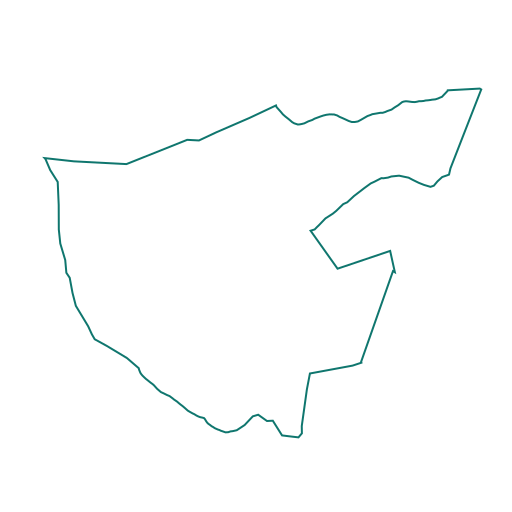 the district of La Pansee, Castries, Saint Lucia, rotated 183°
{"feature_id": "8701671B22615930928090", "entity_name": "La Pansee", "entity_type": "district", "adm_level": 2, "iso_a3": "LCA", "parent_name": "Saint Lucia", "parent_adm1": "Castries", "projection": "equal_earth", "projection_center": [-60.983, 14.014], "detail": "fine", "context": "isolated", "style": "outline", "palette": "teal", "viewbox_px": 512, "rotation_deg": 183, "n_neighbors": 0, "source": "geoboundaries", "source_scale": "gbopen_adm2", "svg_char_len": 2510}
<svg xmlns="http://www.w3.org/2000/svg" viewBox="0 0 512 512"><g transform="rotate(183 256 256)"><path d="M472.2,342.7L471.3,341.8L466.0,331.0L457.9,319.6L455.7,296.7L454.3,272.1L452.1,258.2L446.3,242.0L444.5,229.3L440.9,224.5L437.3,209.5L433.3,196.8L419.9,177.0L415.8,169.2L412.7,164.4L400.1,158.3L379.5,147.3L367.2,137.8L366.9,136.6L366.5,135.7L365.8,134.2L365.3,133.2L364.4,132.0L363.1,130.6L361.4,129.1L359.5,127.5L357.9,126.4L356.4,125.3L354.6,124.0L352.6,122.7L351.2,121.6L349.5,119.9L347.8,118.2L346.0,116.8L343.8,115.1L341.0,114.0L337.6,112.5L335.0,111.6L331.7,109.4L330.4,108.4L328.9,107.5L327.1,106.4L325.6,105.2L323.7,103.8L321.9,102.6L320.8,101.8L319.0,100.4L317.0,98.8L316.0,98.0L314.1,97.0L310.9,95.4L310.0,95.1L308.6,94.4L307.2,93.6L305.6,92.9L303.9,92.3L303.1,92.1L301.1,91.8L299.4,91.4L298.3,90.2L297.4,88.8L296.2,87.2L294.9,86.0L292.8,84.7L291.3,83.6L290.5,83.3L287.9,81.8L286.0,81.1L285.0,80.7L283.4,80.3L282.1,79.7L280.3,79.2L277.2,78.3L274.5,78.6L272.3,79.5L270.0,79.9L266.1,81.0L258.5,86.6L250.8,95.7L245.5,97.6L236.4,91.8L230.6,92.4L220.6,78.2L213.5,77.7L204.1,77.1L200.9,81.3L201.4,88.6L198.2,125.5L196.0,141.5L153.8,151.6L144.3,155.3L145.7,155.1L118.4,248.1L116.5,247.1L122.3,268.1L173.9,247.6L202.8,284.1L198.8,285.6L196.7,288.0L194.9,289.9L188.6,297.2L181.5,302.3L178.3,305.2L171.6,312.4L167.7,314.4L161.2,321.1L151.5,329.4L145.2,334.5L141.6,336.4L134.9,340.3L132.8,340.3L128.3,341.2L125.0,342.5L117.3,343.7L107.7,342.2L103.6,340.3L97.3,337.6L92.0,335.8L85.4,334.2L82.1,335.5L78.7,340.0L74.2,344.6L69.3,346.6L67.5,347.4L66.4,353.7L56.0,385.2L39.8,434.1L41.3,434.9L74.0,431.4L73.1,431.2L74.5,429.5L76.3,427.4L77.0,426.6L78.6,424.7L81.0,423.6L82.3,422.9L84.6,422.0L85.2,421.8L88.5,421.3L89.6,421.0L92.3,420.5L94.7,420.2L96.7,419.6L99.4,419.2L101.3,419.1L103.3,418.5L105.5,418.0L108.4,418.0L111.9,418.3L114.3,418.4L116.4,418.0L118.0,417.4L119.4,416.2L121.9,414.0L125.4,411.6L128.3,409.3L132.5,407.6L134.4,406.6L137.1,405.6L139.4,405.5L142.8,404.7L147.3,403.7L149.1,402.8L152.0,401.6L156.0,399.0L158.3,397.5L161.3,395.7L164.3,395.0L167.3,394.8L170.5,395.7L173.7,397.0L177.0,398.3L179.8,399.3L182.3,400.6L185.4,401.4L189.9,401.3L193.1,400.7L196.1,399.8L198.9,398.7L204.7,396.2L206.9,394.8L210.8,393.2L214.7,391.0L217.3,390.2L219.4,389.7L221.1,389.5L224.8,390.5L226.9,391.6L230.4,394.3L234.1,396.9L236.6,398.9L238.9,401.4L243.3,405.8L243.9,407.4L269.8,393.5L302.0,377.5L319.0,368.4L330.8,368.4L390.2,341.0L442.8,341.0L472.2,342.7Z" fill="none" stroke="#0f766e" stroke-width="2"/></g></svg>